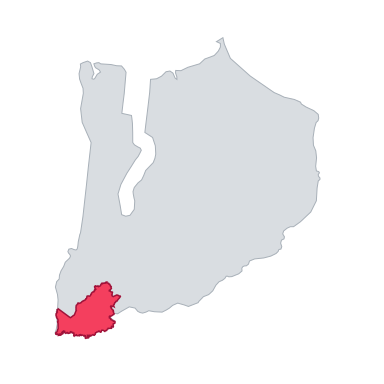 location of Saraya, Kédougou, Senegal, rotated 96°
{"feature_id": "50182788B8770711358016", "entity_name": "Saraya", "entity_type": "district", "adm_level": 2, "iso_a3": "SEN", "parent_name": "Senegal", "parent_adm1": "Kédougou", "projection": "robinson", "projection_center": [-11.845, 12.924], "detail": "fine", "context": "in_parent", "style": "filled", "palette": "rose", "viewbox_px": 384, "rotation_deg": 96, "n_neighbors": 0, "source": "geoboundaries", "source_scale": "gbopen_adm2", "svg_char_len": 8794}
<svg xmlns="http://www.w3.org/2000/svg" viewBox="0 0 384 384"><g transform="rotate(96 192 192)"><path d="M301.4,174.3L306.2,183.6L305.1,188.1L304.0,194.6L306.7,199.3L309.9,202.4L312.1,205.3L314.6,209.2L315.0,217.0L314.6,222.6L316.2,225.1L317.6,228.4L317.3,231.0L316.4,233.4L313.4,236.5L312.8,242.4L317.8,249.4L320.9,253.3L320.9,255.5L321.8,257.9L324.1,260.7L325.6,260.1L327.1,257.8L327.8,256.2L332.1,256.9L334.1,257.6L336.8,262.2L337.8,265.3L338.5,269.2L341.3,274.0L343.8,277.4L344.3,279.5L346.5,282.4L345.1,288.7L345.3,292.0L343.8,300.6L343.5,304.6L343.6,306.1L346.9,309.2L346.6,313.5L343.2,312.7L337.2,312.2L325.3,314.5L321.2,313.5L313.4,313.9L307.9,315.1L300.8,317.9L295.3,317.2L292.4,315.0L288.5,315.1L284.1,314.0L279.4,311.8L275.1,310.7L270.5,306.8L268.3,306.1L266.8,307.1L265.6,308.4L264.2,309.2L261.7,308.5L260.8,305.9L261.6,303.3L261.8,301.3L260.6,300.2L257.8,299.9L253.3,299.9L245.9,299.1L244.3,298.6L227.8,297.9L210.8,297.8L196.4,297.7L178.2,297.7L165.4,297.6L153.4,297.5L144.2,302.8L134.2,308.5L120.7,311.5L105.2,310.4L100.3,311.2L95.2,313.8L91.4,315.6L86.1,316.7L79.2,315.8L76.4,316.4L74.7,313.8L72.7,309.5L74.0,306.5L78.2,304.5L84.5,301.9L87.8,303.2L89.8,303.3L90.1,301.6L89.5,300.7L84.8,298.5L82.3,295.5L80.2,297.2L78.5,300.9L77.0,302.0L74.8,303.0L73.6,300.5L73.1,298.1L74.1,296.2L73.7,285.8L74.3,280.2L74.0,275.3L77.0,272.1L79.8,270.1L90.9,269.9L101.1,269.7L111.0,269.9L121.1,270.0L122.2,260.2L125.4,259.4L130.1,258.4L139.0,257.2L149.0,256.1L151.1,254.2L152.7,250.9L153.8,248.0L155.8,246.8L158.6,247.8L162.3,249.3L166.0,251.7L170.3,253.8L173.2,255.2L180.1,258.7L191.9,263.5L201.7,265.4L213.4,261.9L221.9,259.6L223.0,255.4L221.7,251.3L215.3,247.6L206.8,248.0L204.1,249.0L200.1,250.2L197.7,250.7L193.6,249.9L188.5,246.6L185.3,243.4L180.8,241.8L175.4,240.3L166.8,233.6L162.3,232.4L158.1,232.0L149.9,233.3L141.9,236.9L137.7,245.1L129.7,245.0L112.7,244.7L97.2,244.5L84.3,245.0L83.1,239.1L80.0,234.4L75.1,230.4L74.0,226.6L75.7,223.4L80.5,220.7L81.6,218.8L79.1,219.1L75.3,220.8L72.8,220.9L72.5,215.7L68.4,209.1L63.7,197.8L58.4,193.2L53.9,184.1L49.2,180.6L44.9,178.9L41.3,179.3L39.9,183.4L35.3,177.4L41.6,175.3L55.1,167.8L70.6,146.2L84.5,120.8L86.4,114.7L88.1,110.2L89.3,99.8L91.3,93.5L93.1,92.4L95.5,87.6L98.4,79.3L101.6,74.6L105.2,73.7L107.9,74.1L109.9,75.8L115.7,76.9L125.3,77.3L132.8,76.1L138.1,73.2L145.0,71.7L153.5,71.7L158.0,70.5L158.5,68.1L159.6,67.3L161.4,68.3L163.1,67.9L164.7,66.2L166.2,66.1L167.8,67.6L174.9,68.0L187.7,67.4L199.5,71.8L210.3,81.1L215.9,87.4L216.2,90.5L218.0,93.6L221.2,96.8L224.2,97.4L226.9,95.4L229.0,95.6L230.5,98.0L233.6,98.5L237.0,97.0L239.5,97.6L239.9,99.0L240.5,99.8L242.1,100.1L244.4,102.0L247.5,106.9L250.1,113.8L252.0,122.7L254.6,127.6L257.8,128.3L259.7,130.2L260.1,132.3L261.0,133.7L262.6,134.5L265.3,134.0L268.5,137.0L272.0,143.6L272.5,146.5L272.0,148.1L272.2,149.2L274.5,150.3L276.6,152.5L278.4,155.7L282.2,158.5L288.1,161.0L292.3,164.7L294.9,169.7L300.3,173.9L301.4,174.3Z" fill="#d9dde1" stroke="#a8b0b8" stroke-width="1"/><path d="M303.3,252.3L302.9,252.7L303.0,253.0L303.0,253.5L302.8,254.4L302.6,254.5L302.3,255.0L302.4,255.5L302.3,256.1L303.9,258.8L304.3,259.4L303.8,260.4L303.3,260.7L302.8,260.7L302.6,261.0L301.8,260.7L301.0,260.8L300.0,260.6L299.8,260.9L299.8,262.1L299.5,262.5L299.1,262.9L299.1,263.7L299.1,263.9L298.7,264.0L298.4,264.0L297.8,263.0L297.4,262.9L296.5,262.1L296.1,262.1L295.0,262.7L294.4,262.5L294.2,262.9L294.2,263.2L293.8,263.3L293.6,263.4L293.4,263.5L293.2,263.7L293.0,263.8L292.9,264.0L292.7,264.0L292.4,264.3L292.4,264.5L292.2,264.5L292.2,265.0L291.8,265.5L291.5,265.5L291.2,267.0L290.8,267.3L290.9,267.5L290.6,267.8L290.5,267.7L290.5,268.0L291.0,268.1L291.2,268.4L291.6,268.4L291.6,268.6L291.5,268.9L291.8,269.2L291.7,269.7L291.9,269.8L292.1,270.4L291.9,270.9L292.3,271.2L292.2,271.6L292.4,271.6L292.6,271.7L292.4,272.2L292.4,272.4L293.2,272.7L293.8,273.1L294.1,273.0L294.8,273.3L295.5,274.2L295.4,274.8L295.5,275.0L295.3,275.5L295.6,275.5L295.4,275.8L295.7,276.3L295.7,276.9L295.7,277.2L295.9,277.6L295.8,277.8L295.5,277.8L295.4,278.3L296.2,279.0L296.3,279.0L297.1,278.8L297.6,278.4L298.0,278.4L298.3,277.9L298.8,277.5L299.0,277.7L299.3,278.4L299.6,278.3L299.8,278.7L300.2,278.6L300.3,278.9L300.8,278.8L301.1,278.9L301.4,279.0L301.5,279.2L301.5,279.4L301.6,279.9L301.9,280.0L302.1,280.6L302.5,280.8L302.9,281.3L303.1,281.4L304.1,281.4L304.3,281.7L304.3,281.9L304.5,282.0L305.2,282.0L305.7,282.2L306.3,282.9L306.2,284.3L306.3,284.8L306.6,285.5L307.4,285.6L308.5,285.7L309.0,285.9L309.3,286.5L310.0,286.5L310.4,286.8L310.8,287.5L310.9,287.8L311.0,287.9L311.3,288.0L311.8,289.0L312.2,289.3L312.3,289.6L312.2,289.6L312.5,290.0L313.0,290.3L313.3,290.6L313.7,290.8L313.9,291.1L314.0,291.6L314.4,292.0L314.5,292.8L314.9,293.4L314.3,293.7L314.4,293.9L314.8,293.9L315.5,294.3L316.2,294.6L316.7,295.2L317.1,295.3L319.0,295.3L320.9,295.0L321.4,295.1L321.8,294.9L322.0,294.7L322.5,295.0L326.1,296.0L326.9,296.4L327.3,297.2L327.8,297.6L329.4,299.3L329.7,299.8L329.0,301.2L322.3,312.6L322.5,312.6L322.6,313.0L322.9,313.5L323.2,313.6L323.3,313.9L323.5,313.9L324.1,313.5L324.3,313.6L325.0,313.6L325.2,313.8L325.4,313.5L325.6,313.4L325.9,313.7L326.0,313.9L326.3,313.9L327.0,314.0L327.4,314.5L327.8,314.5L328.2,314.3L329.1,314.3L329.4,314.3L329.9,313.7L330.1,313.6L330.7,313.7L330.9,313.6L331.3,313.4L331.8,312.7L332.2,312.5L332.4,312.3L332.9,312.0L333.4,312.0L334.3,311.7L334.5,311.7L334.8,312.0L335.0,312.1L335.4,311.8L335.8,311.9L336.4,311.5L338.8,311.2L339.1,311.2L342.0,310.8L342.7,311.2L343.2,311.2L343.7,311.4L344.3,311.3L344.5,311.5L345.0,311.6L345.7,312.2L345.9,312.6L346.1,312.7L347.1,312.7L347.3,312.7L347.7,312.5L347.8,311.7L347.5,311.5L347.4,311.3L347.4,310.8L347.3,310.6L347.7,310.4L347.8,310.5L348.1,310.2L348.2,309.9L348.5,309.9L348.4,309.7L348.5,309.5L348.4,309.2L348.0,309.0L348.3,308.3L348.0,307.5L347.8,307.3L347.6,307.5L347.4,308.2L347.5,308.7L347.4,308.9L347.2,308.8L346.9,308.3L347.1,307.3L347.0,306.6L346.3,306.4L346.6,306.1L346.6,305.8L346.5,305.7L346.0,305.6L345.8,305.4L345.6,305.5L345.4,305.9L345.5,306.5L345.4,306.7L344.6,306.3L344.6,305.4L344.3,305.0L344.1,305.1L343.8,305.4L343.6,305.2L343.9,304.0L344.9,304.1L345.1,304.0L345.8,302.7L345.4,302.2L344.9,301.8L344.7,301.5L344.9,301.0L345.4,300.8L345.6,300.5L345.5,300.0L345.3,299.9L345.2,299.1L344.8,298.4L344.4,298.5L343.8,298.4L343.6,298.2L343.5,297.8L343.6,297.6L343.9,297.4L344.0,297.2L344.1,296.1L344.3,296.1L344.4,296.5L344.7,296.4L344.7,295.5L344.7,294.7L346.1,294.6L346.8,294.7L347.4,294.5L347.6,294.2L346.9,294.0L346.8,293.7L347.0,293.4L347.0,293.0L346.6,292.4L346.2,292.3L346.0,292.1L346.1,291.9L346.8,291.7L346.9,290.3L346.5,289.8L346.8,288.8L346.7,288.7L346.4,289.0L345.8,289.0L345.8,288.3L345.4,287.8L345.5,287.6L346.1,287.2L346.2,286.8L345.8,286.5L345.7,286.0L345.9,285.3L346.6,284.4L346.5,284.2L346.1,284.1L345.9,284.0L345.9,283.6L346.1,283.0L346.4,282.9L346.5,283.3L347.0,283.1L347.7,283.0L348.5,282.8L348.7,282.3L348.2,281.6L348.1,281.3L348.1,280.2L347.7,279.5L347.3,279.4L346.8,279.4L347.0,280.4L346.8,280.9L346.4,281.0L346.2,280.7L345.8,280.5L345.6,280.7L345.4,280.8L345.4,280.5L345.6,280.0L345.2,279.4L345.2,279.0L345.4,278.9L346.1,278.8L346.2,278.6L346.0,278.1L345.2,277.8L345.4,276.9L345.0,276.7L344.6,276.1L344.2,275.7L344.2,275.3L344.7,274.8L344.7,274.2L344.2,273.9L343.8,273.4L342.5,273.4L342.1,273.2L341.9,272.6L341.8,272.4L341.2,272.1L341.0,271.0L340.8,270.7L340.2,270.5L340.0,270.0L340.0,269.8L340.7,269.1L341.0,268.3L340.9,268.0L340.6,267.7L339.2,267.5L338.8,267.1L338.8,266.7L338.9,265.5L339.6,264.6L339.8,264.1L339.2,263.7L338.8,263.2L338.8,262.6L338.7,262.4L337.5,262.0L337.0,261.3L336.3,261.1L336.5,260.4L336.1,259.4L336.1,258.1L336.0,257.8L335.8,257.8L335.4,258.0L334.9,258.1L334.0,258.0L334.0,257.8L334.5,257.0L334.6,256.7L334.5,256.2L334.0,256.1L333.4,256.2L332.5,256.6L331.8,256.5L331.2,256.5L331.1,256.3L331.0,255.7L330.7,255.1L329.3,254.9L328.8,255.1L328.5,255.4L328.7,256.6L328.3,256.9L328.2,257.3L327.8,257.8L327.4,259.4L327.3,259.5L326.5,259.5L326.3,259.6L326.1,259.9L326.0,260.7L325.9,261.0L324.4,261.2L324.1,261.0L324.0,260.8L324.3,260.2L324.2,259.8L323.8,259.7L323.3,258.6L322.6,258.1L322.1,257.1L321.5,256.9L321.3,256.7L320.8,256.9L320.4,257.3L319.9,257.5L319.3,257.5L319.1,257.8L318.7,258.0L318.2,257.8L317.9,257.9L317.5,258.3L317.4,258.7L317.0,259.2L316.7,259.4L316.3,259.9L316.1,259.9L315.9,260.2L315.3,260.2L314.9,260.9L314.7,261.0L314.0,260.9L314.0,260.4L313.8,260.1L314.0,259.7L314.2,259.2L314.0,258.9L314.0,258.4L314.1,257.8L314.2,257.6L313.4,258.0L313.1,258.1L312.9,258.3L312.7,258.3L312.4,258.0L312.2,258.0L311.9,257.6L311.3,257.5L311.0,257.5L310.6,257.2L310.1,257.2L309.8,256.8L309.3,256.3L308.8,256.3L308.6,256.0L308.4,255.7L308.3,255.2L308.0,254.9L307.2,254.7L305.6,253.6L305.4,253.4L304.3,252.7L304.1,252.8L303.6,252.4L303.3,252.3Z" fill="#f43f5e" stroke="#9f1239" stroke-width="1.5"/></g></svg>